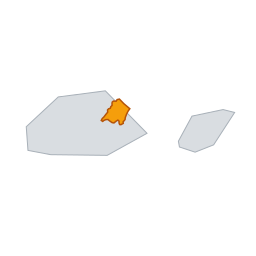 Mġarr on a map of Malta (Mercator projection), rotated 136°
{"feature_id": "MLT-5924", "entity_name": "Mġarr", "entity_type": "state/province", "adm_level": 1, "iso_a3": "MLT", "parent_name": "Malta", "parent_adm1": "", "projection": "mercator", "projection_center": [14.373, 35.916], "detail": "fine", "context": "in_parent", "style": "filled", "palette": "amber", "viewbox_px": 256, "rotation_deg": 136, "n_neighbors": 0, "source": "natural_earth", "source_scale": "10m", "svg_char_len": 869}
<svg xmlns="http://www.w3.org/2000/svg" viewBox="0 0 256 256"><g transform="rotate(136 128 128)"><path d="M215.5,181.4L200.3,199.6L156.6,198.8L118.5,170.5L118.0,111.0L162.0,122.8L202.2,162.6L215.5,181.4ZM100.9,83.5L73.7,92.1L46.8,75.2L40.5,65.1L78.1,56.4L96.5,64.0L104.2,78.6L100.9,83.5Z" fill="#d9dde1" stroke="#a8b0b8" stroke-width="1"/><path d="M114.1,154.8L114.1,148.4L113.3,140.6L116.1,140.1L119.1,139.1L122.7,137.4L124.3,136.1L127.3,135.8L128.2,134.6L130.8,135.3L131.6,136.3L130.9,137.9L129.7,139.1L129.8,140.7L131.3,141.1L134.6,141.4L135.7,142.9L136.3,145.9L136.5,148.0L138.1,149.4L140.1,150.2L141.6,150.3L142.0,152.0L140.0,152.7L137.6,152.7L134.4,153.2L131.6,153.5L130.2,155.2L128.7,155.3L127.0,154.5L125.5,155.3L123.8,155.3L122.4,156.8L121.4,157.6L119.8,157.5L117.9,155.5L116.1,156.0L114.1,154.8Z" fill="#f59e0b" stroke="#b45309" stroke-width="1.5"/></g></svg>